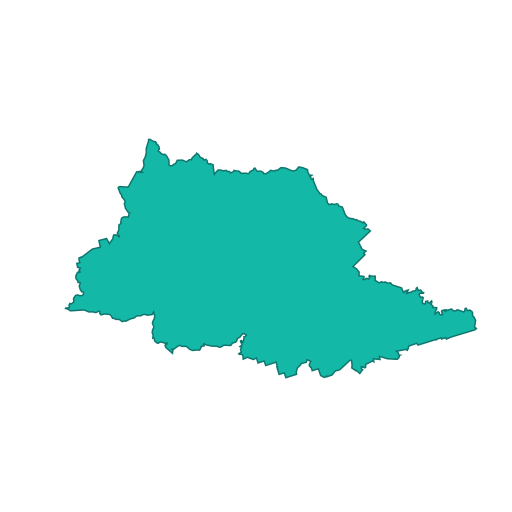 outline of Adelaide Hills, South Australia, Australia, rotated 256°
{"feature_id": "25037944B81795940513405", "entity_name": "Adelaide Hills", "entity_type": "district", "adm_level": 2, "iso_a3": "AUS", "parent_name": "Australia", "parent_adm1": "South Australia", "projection": "albers", "projection_center": [138.799, -34.901], "detail": "fine", "context": "isolated", "style": "filled", "palette": "teal", "viewbox_px": 512, "rotation_deg": 256, "n_neighbors": 0, "source": "geoboundaries", "source_scale": "gbopen_adm2", "svg_char_len": 6105}
<svg xmlns="http://www.w3.org/2000/svg" viewBox="0 0 512 512"><g transform="rotate(256 256 256)"><path d="M201.2,136.0L201.2,137.1L197.6,137.3L195.6,138.9L194.9,140.1L195.9,141.8L194.6,144.9L192.8,147.2L193.4,148.4L192.3,148.7L191.3,146.1L189.2,146.3L181.8,151.4L184.6,152.5L185.8,151.9L185.4,153.5L187.7,159.1L187.7,160.4L186.3,162.0L185.2,166.5L181.4,169.2L179.6,171.8L179.2,175.6L178.3,178.5L180.4,180.5L181.5,180.8L181.3,183.7L182.0,184.2L182.5,183.5L183.5,184.4L181.9,186.1L179.3,191.2L178.0,196.0L176.2,198.7L176.4,201.0L177.3,203.0L175.3,209.9L177.1,212.0L177.4,215.3L177.9,216.4L180.6,218.1L181.0,220.5L183.8,224.2L183.6,225.2L182.4,227.1L181.4,227.5L180.3,225.6L180.5,224.7L178.5,224.2L175.4,222.5L175.5,222.0L177.4,221.5L177.4,220.6L176.4,220.3L173.5,221.2L172.9,220.7L172.0,218.5L170.9,220.0L169.0,218.4L166.3,218.5L165.3,215.6L164.6,216.0L164.2,218.1L163.5,218.8L161.8,219.2L159.0,218.6L159.8,223.2L156.2,228.4L156.9,231.8L151.7,232.1L152.1,238.6L147.4,238.9L148.1,249.8L143.4,250.0L143.4,249.4L135.5,249.8L135.8,255.2L130.7,255.5L131.4,266.7L134.0,267.1L137.4,269.1L139.1,272.2L140.8,274.1L140.7,279.1L143.1,280.4L140.6,283.7L137.6,281.3L135.9,281.4L134.3,282.6L131.1,282.8L131.5,289.3L124.4,289.8L121.6,292.9L122.1,294.1L121.8,294.6L122.3,295.4L121.7,295.4L122.1,300.9L125.3,305.2L125.3,309.6L132.1,322.0L131.6,323.4L130.9,323.4L126.2,322.7L124.3,321.8L120.4,325.2L120.4,325.9L116.9,328.3L120.0,332.0L121.0,331.0L123.2,331.5L122.3,332.6L122.2,333.7L121.4,334.1L121.3,335.3L124.3,336.3L126.0,343.8L124.9,344.7L127.8,345.1L125.6,351.3L128.8,351.4L124.5,358.7L121.6,368.0L122.9,370.2L124.8,371.0L124.9,371.6L125.2,370.8L128.0,370.5L129.6,369.3L129.1,378.9L127.9,379.9L129.4,381.3L131.6,382.3L132.4,390.7L130.4,391.7L131.4,409.0L131.1,410.6L131.5,410.6L131.8,416.0L130.6,416.0L130.9,420.4L129.3,420.6L130.2,425.9L131.4,450.2L132.2,452.3L132.9,452.0L133.4,451.0L134.2,450.9L140.5,453.5L143.9,452.8L145.4,451.7L148.6,452.4L150.0,452.0L151.9,450.3L151.7,448.4L152.1,447.9L154.5,447.3L154.4,446.2L152.0,445.1L151.4,444.1L154.9,438.8L155.1,438.0L154.4,436.7L155.2,434.0L157.2,433.0L157.3,432.4L157.0,428.8L157.8,427.5L156.7,427.1L156.4,426.2L158.1,425.9L158.0,423.1L157.2,422.6L154.2,422.9L153.7,422.4L154.8,420.1L156.7,420.1L157.9,419.1L156.4,415.8L158.4,416.3L160.6,418.3L162.2,418.8L163.3,415.1L164.7,415.5L167.0,413.9L168.3,415.4L169.9,415.5L168.7,413.2L168.6,412.3L169.2,411.5L170.8,411.7L170.9,409.6L168.8,408.8L168.5,408.2L169.9,406.1L171.8,406.4L175.2,408.2L176.0,407.4L176.1,405.7L177.5,405.1L179.8,405.1L180.1,406.1L179.4,409.4L179.8,409.8L181.0,408.3L183.2,407.6L183.1,405.3L186.4,404.7L185.9,403.7L183.7,402.6L184.0,399.7L183.2,397.4L183.5,396.6L183.2,393.2L186.2,395.4L185.9,392.2L184.9,391.2L185.0,390.4L189.9,389.4L194.5,381.9L195.9,380.6L197.4,380.1L197.8,377.0L199.6,375.1L199.5,373.4L200.2,371.9L200.7,371.7L200.2,368.9L203.6,365.7L207.5,366.8L208.8,362.4L209.7,361.7L209.0,360.7L207.3,360.9L206.4,359.8L207.7,357.6L206.7,355.7L207.4,354.2L208.8,355.5L210.0,355.8L211.9,351.1L215.5,352.2L219.4,350.3L222.3,347.5L230.9,362.0L232.6,361.0L234.2,363.9L236.7,360.6L244.7,358.8L252.6,373.0L255.2,371.2L255.4,368.9L256.7,367.1L258.6,370.4L259.4,370.8L263.1,368.8L262.4,367.5L264.4,365.8L265.3,363.8L266.9,362.4L267.5,360.3L268.5,359.6L270.0,355.7L271.7,353.9L274.5,352.6L282.6,351.6L284.4,348.5L286.5,348.0L287.1,347.1L286.9,345.1L288.3,341.9L288.1,339.5L290.3,338.2L296.0,338.3L298.5,335.0L300.5,334.1L300.9,333.2L305.9,331.2L314.8,329.9L317.4,330.2L316.8,328.7L320.0,327.6L320.8,329.6L321.6,327.4L324.4,326.6L327.4,326.8L330.1,323.1L332.1,319.1L329.7,315.8L329.3,313.6L329.9,311.6L334.2,305.9L335.7,301.6L334.1,297.8L334.4,295.4L334.0,294.1L335.6,290.9L334.0,287.8L333.5,285.5L334.0,283.5L335.1,283.3L336.8,281.7L337.6,280.0L337.6,278.2L338.3,277.4L341.6,276.2L341.4,275.2L340.0,273.9L339.4,270.6L338.5,270.0L337.7,268.4L338.8,266.2L339.7,261.9L342.7,259.7L342.8,258.4L344.4,255.4L343.2,254.2L342.8,251.6L344.4,250.6L345.0,248.7L346.3,247.7L346.6,244.7L348.0,242.4L348.6,240.0L345.9,235.8L344.5,235.1L354.9,236.4L356.7,233.9L356.5,232.6L357.8,231.5L360.3,231.6L361.9,230.8L361.6,229.6L362.0,228.5L363.4,228.2L365.5,225.6L368.3,224.8L369.7,223.6L369.2,223.6L369.4,222.7L366.7,217.8L365.0,216.6L365.6,214.7L364.2,211.2L366.9,207.7L367.9,202.7L365.0,200.2L364.9,198.3L363.9,196.5L364.2,194.7L365.3,193.7L370.3,194.7L374.8,193.4L376.9,192.0L376.7,191.0L378.1,188.8L379.6,188.3L381.2,186.6L382.7,187.2L383.0,188.1L385.4,188.3L388.0,187.4L389.2,186.2L390.2,186.6L391.4,185.8L392.2,183.8L394.9,181.2L395.1,180.0L393.5,179.5L386.9,175.5L382.6,174.5L378.7,172.4L375.8,169.8L370.9,169.3L368.4,167.6L366.2,164.9L364.7,166.0L365.1,163.6L366.3,163.1L365.9,162.4L366.6,161.2L366.5,160.5L354.1,149.0L354.1,147.3L356.3,140.8L356.2,139.6L355.5,138.7L349.4,139.5L348.0,140.3L345.9,140.1L342.6,141.8L340.9,142.1L339.7,141.9L338.8,140.9L333.7,140.9L329.2,142.6L328.3,143.9L327.5,142.9L324.7,141.6L325.8,138.0L325.7,135.9L325.1,134.6L321.7,133.0L320.2,132.9L319.3,130.5L314.4,129.2L311.8,127.0L307.1,128.4L310.2,125.6L310.9,123.2L310.0,122.4L307.2,121.2L305.2,118.5L303.3,116.8L309.1,115.2L309.0,107.3L302.2,107.1L302.3,98.9L297.1,86.8L297.3,86.2L296.8,86.1L297.1,84.0L295.1,83.3L292.1,83.5L292.2,80.3L288.1,80.2L286.7,82.7L284.9,80.8L283.0,81.5L282.7,80.6L283.5,79.7L283.3,78.9L280.5,76.5L278.4,75.9L276.8,76.1L275.2,77.1L273.3,76.9L273.0,78.5L272.4,79.1L269.6,77.2L265.5,77.4L263.6,78.2L262.5,79.8L261.2,79.6L259.9,78.6L259.7,77.4L260.3,74.9L261.4,73.7L261.4,71.4L259.0,68.7L255.6,68.2L254.2,65.5L255.0,64.0L253.2,62.5L252.1,62.8L250.9,62.0L251.6,59.0L251.1,58.5L250.3,60.2L247.7,62.7L245.2,76.3L242.2,80.2L241.3,84.2L240.2,86.0L239.9,87.3L240.5,90.4L239.5,91.1L238.0,90.5L236.4,91.3L236.4,94.9L234.9,99.6L233.4,100.9L230.2,101.8L229.7,103.5L228.5,104.5L227.5,108.0L224.6,110.4L225.0,112.1L224.2,114.0L225.3,118.5L225.4,123.1L226.8,125.8L225.9,129.5L226.5,132.8L225.7,135.3L224.9,135.9L224.3,141.0L226.4,143.1L224.0,143.0L223.4,143.5L220.0,142.3L217.2,139.9L215.6,139.2L212.7,139.7L210.9,139.3L209.6,137.9L206.6,136.7L204.5,137.1L201.2,136.0Z" fill="#14b8a6" stroke="#0f766e" stroke-width="1.5"/></g></svg>